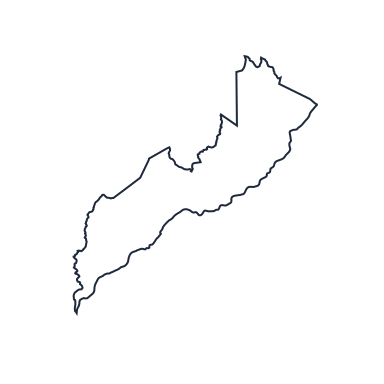 outline of Xique-Xique, Bahia, Brazil, rotated 196°
{"feature_id": "56859067B66564392047152", "entity_name": "Xique-Xique", "entity_type": "district", "adm_level": 2, "iso_a3": "BRA", "parent_name": "Brazil", "parent_adm1": "Bahia", "projection": "mercator", "projection_center": [-42.742, -10.906], "detail": "fine", "context": "isolated", "style": "outline", "palette": "slate", "viewbox_px": 384, "rotation_deg": 196, "n_neighbors": 0, "source": "geoboundaries", "source_scale": "gbopen_adm2", "svg_char_len": 6063}
<svg xmlns="http://www.w3.org/2000/svg" viewBox="0 0 384 384"><g transform="rotate(196 192 192)"><path d="M96.1,310.6L98.2,311.1L104.0,313.8L138.0,319.9L138.4,326.3L139.4,325.3L140.6,325.0L141.9,325.9L142.4,326.7L143.0,327.2L144.7,328.1L145.5,328.7L145.7,329.5L146.0,330.2L146.7,330.7L147.2,331.5L147.3,332.3L148.6,333.9L149.3,334.1L151.2,333.9L152.7,333.9L153.5,334.1L153.8,334.8L155.0,335.9L155.5,337.1L156.0,337.7L156.6,338.0L157.7,338.7L158.2,339.4L160.5,339.7L162.6,340.2L162.4,338.6L161.5,337.5L161.3,336.8L161.3,335.2L161.8,333.4L161.7,331.6L163.5,330.0L165.4,330.3L166.4,331.4L167.0,331.6L168.1,332.7L168.6,333.0L169.0,333.6L170.7,334.2L171.3,334.1L172.8,334.5L173.4,336.1L174.6,336.5L175.6,337.3L178.8,337.1L178.1,335.9L176.8,334.4L176.3,330.5L176.2,328.0L176.3,325.8L176.8,324.1L177.3,322.7L182.4,319.6L167.1,268.2L185.6,274.5L185.7,273.7L185.4,273.0L184.8,272.5L184.2,270.8L184.2,269.6L183.5,269.3L183.0,268.8L182.3,267.2L182.5,266.1L182.3,265.1L182.8,264.6L182.6,262.9L181.7,262.9L181.4,262.2L181.9,261.7L182.4,259.2L181.8,258.6L182.1,257.9L182.0,257.1L181.0,256.1L181.0,255.4L181.5,254.7L182.2,254.4L183.2,252.2L183.0,251.6L182.6,251.1L182.3,250.4L182.6,249.4L182.4,247.7L182.6,246.9L182.2,246.3L182.4,245.3L182.4,244.5L182.1,244.0L182.1,243.4L183.4,241.8L183.7,241.2L185.5,240.1L186.4,240.2L187.8,240.0L188.8,240.2L189.9,238.8L189.3,237.4L189.7,236.7L190.5,236.6L191.0,236.4L191.5,235.9L192.3,235.7L192.7,235.2L192.6,234.6L192.7,233.8L193.4,233.5L194.0,233.6L194.5,233.2L195.1,232.6L195.6,231.7L195.4,230.8L196.6,230.0L196.8,229.1L195.8,227.9L195.8,227.1L194.6,226.0L193.8,225.6L192.9,224.1L192.3,223.8L191.9,223.0L197.6,220.5L198.6,219.8L199.1,219.0L199.2,218.3L198.8,216.0L197.6,214.3L198.0,212.6L198.1,211.6L199.0,211.8L199.0,212.7L199.4,213.3L200.0,213.4L200.8,213.3L202.3,212.4L205.6,211.8L208.7,212.7L211.3,212.6L214.4,213.7L215.2,213.8L215.7,214.1L216.7,215.9L218.0,217.1L219.9,218.3L221.1,218.1L221.7,218.3L222.6,218.7L223.2,219.4L223.8,220.4L223.9,221.1L224.5,222.1L225.1,222.7L225.1,223.4L224.7,225.3L224.6,226.2L225.1,227.5L226.1,228.7L228.3,226.8L242.6,212.2L242.4,211.6L242.4,210.8L245.7,191.4L257.7,175.4L265.9,164.6L266.9,164.3L267.7,163.9L268.1,163.5L270.5,163.5L272.3,163.1L276.0,165.0L276.8,164.8L277.6,164.2L277.8,162.9L278.6,162.0L279.4,159.9L279.5,159.2L280.7,157.0L281.7,155.8L282.1,154.5L282.3,151.1L282.1,150.3L282.4,149.8L282.3,149.1L281.9,148.4L282.2,147.7L282.3,146.5L282.7,145.7L285.1,144.2L285.4,143.5L286.2,141.2L285.6,140.8L284.5,139.3L285.5,137.0L285.3,135.4L285.6,134.2L285.3,133.3L285.6,132.5L285.0,131.8L284.4,131.3L283.8,130.5L284.1,129.8L284.6,129.3L284.5,128.6L284.8,126.5L284.7,125.6L284.2,124.8L283.5,124.1L283.0,123.3L283.4,122.7L283.0,122.1L282.4,121.5L282.0,120.9L282.1,120.0L282.6,118.8L282.2,118.3L281.6,118.3L281.1,117.9L280.7,117.3L280.6,116.7L280.2,115.9L279.7,115.5L279.5,114.7L279.4,112.3L279.1,110.5L280.1,107.7L280.7,107.1L280.9,106.1L281.4,105.4L282.1,104.6L282.8,104.7L283.5,104.5L284.9,104.5L285.6,103.9L284.8,103.3L284.9,102.8L285.5,102.3L285.6,100.8L287.1,99.2L286.8,98.6L287.1,97.9L288.0,97.3L287.6,96.6L285.0,95.4L284.4,95.0L283.9,94.1L283.8,92.0L284.1,91.4L285.0,90.9L284.9,89.7L284.3,88.7L284.3,87.9L284.8,87.0L284.3,86.5L281.9,85.8L280.8,85.1L280.4,84.2L280.8,83.5L281.8,82.6L281.8,81.6L280.9,81.3L279.8,81.4L278.1,80.8L277.5,80.5L277.0,79.8L278.2,77.5L278.5,76.5L278.4,75.9L277.9,75.1L277.3,74.6L276.7,74.3L275.3,74.5L274.6,74.1L274.2,72.5L272.7,72.0L271.9,71.4L270.8,69.8L271.0,68.9L271.3,68.1L273.5,67.2L274.3,66.5L275.0,65.7L276.8,63.1L277.1,62.2L277.3,60.7L277.1,59.3L276.5,58.0L276.1,56.7L275.5,56.0L274.6,55.9L273.6,53.7L273.4,52.4L273.0,51.7L273.0,50.1L272.8,49.4L272.6,47.8L271.6,45.3L270.3,44.5L269.5,43.8L270.1,47.2L270.0,48.8L269.4,51.4L269.5,53.5L270.0,56.0L269.9,56.9L269.6,57.7L267.2,60.0L266.5,60.2L265.6,60.2L264.5,60.5L263.5,61.0L263.0,61.6L260.2,65.8L259.7,66.4L259.2,67.4L258.8,68.6L258.7,69.5L258.8,70.6L259.5,73.8L259.6,76.2L258.6,81.6L258.1,83.2L257.5,84.2L254.6,86.7L253.5,88.3L252.0,89.6L250.8,90.3L249.2,90.8L248.4,91.4L247.9,92.1L245.7,93.8L244.4,95.1L243.3,95.9L241.1,97.9L239.4,100.3L236.5,102.1L235.1,104.2L234.5,106.0L234.3,107.2L234.7,111.5L234.5,114.1L233.9,116.1L232.8,117.6L229.3,120.1L228.8,120.7L225.4,123.2L224.4,123.7L223.6,123.8L221.6,123.8L221.1,124.1L220.7,124.5L220.4,125.3L219.9,125.7L218.6,125.9L218.0,126.2L217.7,127.1L218.1,128.3L218.0,129.1L217.6,129.6L215.7,130.6L215.2,131.3L214.3,133.7L213.4,136.7L213.0,137.7L212.0,139.2L211.4,140.9L210.5,142.7L210.5,143.4L211.3,143.9L211.5,144.6L211.4,145.3L210.3,147.9L210.2,150.1L209.4,152.5L207.9,155.5L206.3,158.3L204.5,160.1L203.7,161.3L202.3,164.4L200.7,166.6L198.0,169.4L196.1,172.0L195.4,172.7L193.7,173.6L192.9,173.8L191.9,174.0L189.0,173.8L186.2,172.7L185.3,172.6L184.5,172.8L183.2,173.5L182.4,173.7L181.1,173.1L179.3,171.8L178.6,171.7L177.9,171.8L177.3,172.1L176.7,172.7L176.0,174.0L175.3,176.7L174.9,177.3L174.4,177.7L173.5,177.9L171.0,177.9L166.3,179.4L165.5,179.8L164.4,181.1L163.7,181.6L162.2,182.1L161.8,182.5L161.5,183.4L161.2,186.2L160.7,186.9L160.2,187.4L159.5,187.7L156.4,188.1L155.1,188.8L152.0,192.1L151.6,192.8L151.5,193.5L151.6,194.1L152.4,196.7L152.1,198.2L151.6,198.9L150.8,199.6L149.9,200.2L144.8,202.5L141.9,204.3L141.6,204.8L141.1,206.3L140.7,208.8L140.3,210.5L139.1,212.3L137.7,213.0L135.3,213.5L134.0,213.9L131.0,215.8L130.4,216.3L129.9,217.1L129.6,218.0L129.8,221.4L129.6,222.3L129.3,222.9L128.1,224.2L125.2,226.8L124.7,227.8L124.7,228.9L125.0,229.8L124.9,230.5L122.8,232.2L122.6,233.0L122.6,234.0L122.9,235.5L122.9,236.2L121.0,238.4L120.5,239.4L120.5,242.2L120.3,243.2L119.4,244.8L114.8,248.2L113.4,249.7L112.6,251.3L111.9,253.5L109.9,257.0L109.4,258.8L109.3,260.1L109.7,261.0L111.1,263.3L111.7,265.1L111.8,265.9L111.6,266.5L111.2,267.4L111.0,268.4L111.1,269.1L111.8,270.2L112.6,272.2L114.4,275.7L114.6,276.6L114.6,277.2L113.7,278.2L111.7,279.7L109.3,280.6L108.6,281.0L107.5,283.1L105.9,285.1L104.7,287.1L103.0,291.0L101.0,295.0L100.3,297.4L100.3,299.8L99.9,301.3L99.4,302.7L96.9,308.3L96.0,309.7L96.1,310.6Z" fill="none" stroke="#1e293b" stroke-width="2"/></g></svg>